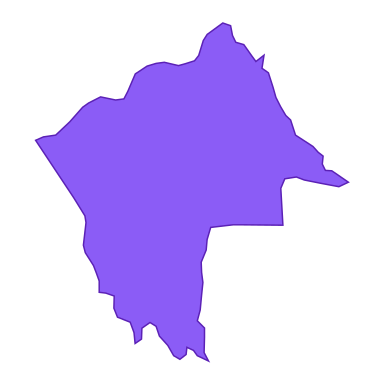 Casinhas, Pernambuco, Brazil
{"feature_id": "56859067B79988983396987", "entity_name": "Casinhas", "entity_type": "district", "adm_level": 2, "iso_a3": "BRA", "parent_name": "Brazil", "parent_adm1": "Pernambuco", "projection": "natural_earth1", "projection_center": [-35.716, -7.762], "detail": "fine", "context": "isolated", "style": "filled", "palette": "violet", "viewbox_px": 384, "rotation_deg": 0, "n_neighbors": 0, "source": "geoboundaries", "source_scale": "gbopen_adm2", "svg_char_len": 1241}
<svg xmlns="http://www.w3.org/2000/svg" viewBox="0 0 384 384"><path d="M35.6,140.3L73.7,197.7L84.9,215.8L86.0,222.6L84.9,232.3L83.4,245.2L85.3,252.7L89.9,259.9L93.5,265.6L96.5,273.4L99.2,281.0L99.2,292.3L105.8,293.1L114.2,296.0L113.9,308.2L117.5,317.2L130.2,322.2L134.0,332.6L135.1,343.5L141.5,339.1L141.9,328.2L150.0,322.5L156.1,326.3L159.4,336.1L167.8,345.4L173.7,355.7L179.9,359.3L186.1,354.5L186.9,347.3L193.5,350.4L197.3,355.7L208.5,361.0L204.1,352.6L204.5,337.2L204.5,328.0L197.3,320.8L200.2,310.0L201.6,295.0L202.9,282.5L201.6,272.4L201.2,262.2L206.2,250.0L207.1,239.6L210.7,227.4L233.1,224.8L242.2,224.8L282.9,225.2L280.8,188.3L284.8,178.8L296.4,177.0L304.3,180.0L320.8,183.3L338.9,186.7L348.4,182.2L331.8,170.8L325.4,170.4L322.3,164.1L323.1,156.1L318.2,152.3L313.0,146.5L295.5,135.1L290.6,120.0L285.8,115.5L280.5,106.5L275.9,97.4L273.1,87.5L268.4,72.8L262.0,68.3L264.0,55.2L255.9,61.5L252.0,56.2L243.8,44.6L235.8,42.3L232.5,35.5L230.6,25.7L222.8,23.0L207.2,34.4L203.3,40.5L198.7,55.5L194.5,60.8L185.4,63.7L178.5,65.6L164.3,62.3L156.1,63.4L147.1,66.1L135.3,73.9L127.8,91.4L123.9,98.9L115.6,100.0L100.6,96.9L88.6,103.0L82.7,107.2L69.8,121.8L55.7,135.1L43.4,136.9L35.6,140.3Z" fill="#8b5cf6" stroke="#5b21b6" stroke-width="1.5"/></svg>